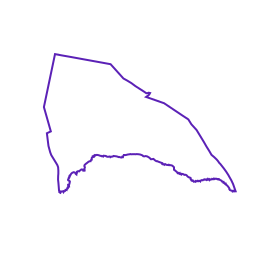 the district of Vaisigano West, Vaisigano, Samoa, rotated 163°
{"feature_id": "51752279B83284410514886", "entity_name": "Vaisigano West", "entity_type": "district", "adm_level": 2, "iso_a3": "WSM", "parent_name": "Samoa", "parent_adm1": "Vaisigano", "projection": "natural_earth1", "projection_center": [-172.718, -13.526], "detail": "fine", "context": "isolated", "style": "outline", "palette": "violet", "viewbox_px": 256, "rotation_deg": 163, "n_neighbors": 0, "source": "geoboundaries", "source_scale": "gbopen_adm2", "svg_char_len": 3408}
<svg xmlns="http://www.w3.org/2000/svg" viewBox="0 0 256 256"><g transform="rotate(163 128 128)"><path d="M212.3,88.1L211.9,87.5L212.4,86.8L211.9,86.1L211.4,86.7L211.2,86.2L210.6,86.8L209.2,86.6L208.7,86.3L208.5,85.7L208.0,86.4L207.4,86.0L206.6,86.2L205.9,87.1L204.9,86.6L204.7,87.2L204.0,87.5L203.7,88.1L203.2,88.0L203.0,88.7L202.4,88.7L201.6,89.2L201.6,90.1L202.1,90.3L202.0,90.7L201.3,90.0L201.0,91.3L200.3,91.7L199.8,92.9L199.3,93.5L199.3,94.2L200.5,95.5L200.4,96.2L199.6,96.8L199.6,97.2L199.0,98.0L198.6,97.8L197.7,98.9L197.9,99.4L197.6,99.7L196.8,99.8L196.4,100.3L195.5,101.0L194.3,101.5L192.8,101.6L191.9,101.0L191.5,100.3L191.4,99.4L190.9,98.7L190.5,99.6L190.0,99.9L189.6,101.1L189.0,101.3L188.2,101.2L187.5,100.8L186.9,101.3L186.1,101.4L184.7,102.0L184.1,101.8L183.3,101.2L183.3,100.3L182.0,99.9L181.7,100.5L181.9,101.2L181.6,101.9L180.9,102.6L180.7,103.2L180.9,104.4L180.2,105.4L178.7,106.1L177.0,106.7L175.6,107.3L174.0,107.4L173.5,107.2L172.7,108.2L171.9,108.3L171.8,109.1L171.4,110.0L170.6,110.3L170.1,111.3L169.5,111.3L169.0,110.4L168.3,110.7L168.0,111.8L167.5,111.9L166.7,111.4L165.6,111.4L163.9,110.5L162.5,109.4L161.8,109.2L161.3,108.6L160.6,108.6L160.1,108.0L159.4,108.6L157.3,107.7L157.0,107.1L155.8,106.4L154.5,106.1L154.2,106.2L153.2,105.7L153.2,105.3L152.4,105.5L151.9,105.3L150.7,105.2L150.1,105.5L147.4,104.3L146.1,103.5L145.7,103.0L144.9,102.9L143.8,102.1L143.1,101.8L142.6,101.6L142.0,102.2L141.3,101.7L140.9,102.4L139.9,103.4L138.1,102.8L135.9,102.7L134.1,102.4L133.4,102.4L132.8,102.0L129.8,101.2L128.5,100.7L127.3,100.5L125.1,99.6L123.8,98.9L122.1,97.5L121.7,96.6L120.7,96.1L119.3,96.0L117.8,95.1L116.2,93.3L115.2,91.4L114.2,91.2L112.7,91.0L111.7,89.3L110.5,87.9L109.5,87.6L109.2,87.2L105.8,84.6L105.8,83.9L105.3,84.0L105.1,83.0L104.0,82.8L103.9,82.2L102.9,82.5L102.1,81.6L99.7,80.5L99.5,80.8L99.0,80.4L97.0,79.4L96.1,78.2L95.5,77.0L96.2,74.6L95.6,74.0L95.5,73.7L94.1,71.6L93.7,70.2L93.3,69.9L92.6,70.2L92.1,69.2L91.6,69.5L91.5,68.8L90.6,67.9L90.1,68.5L88.9,67.9L87.8,66.7L87.2,66.7L86.3,66.2L85.7,65.5L85.2,64.2L84.1,62.9L83.5,62.7L82.7,61.7L83.1,61.0L82.7,59.5L82.3,59.6L82.0,58.7L81.3,58.8L80.8,57.4L79.8,57.3L79.0,57.5L79.0,56.9L77.0,57.2L76.8,56.8L76.3,56.9L75.9,56.4L74.7,56.5L74.4,55.9L74.0,56.4L72.7,56.6L71.8,56.1L70.9,56.5L69.6,56.5L69.5,56.0L68.2,55.8L68.1,55.5L67.2,56.0L67.1,55.3L66.1,55.5L65.6,54.6L65.2,55.2L64.8,54.6L64.4,54.9L63.8,54.5L62.7,54.4L62.5,54.7L61.6,54.1L60.9,54.6L60.2,54.3L60.0,53.8L59.0,53.9L58.4,53.7L57.5,52.8L57.0,53.0L56.3,52.7L56.2,52.2L55.7,52.2L55.3,51.5L53.9,50.2L53.6,49.1L52.4,48.6L52.7,47.7L51.8,47.1L51.9,46.8L51.3,45.8L50.8,46.0L50.7,45.0L50.2,44.4L49.4,42.7L48.7,40.5L49.0,40.0L48.7,38.9L47.6,38.0L46.7,37.5L46.6,36.8L45.6,37.1L45.3,36.4L43.6,36.0L43.9,43.7L44.5,47.8L45.4,51.8L45.8,53.7L46.9,57.6L48.2,61.4L50.3,66.8L50.9,67.8L51.6,70.0L52.4,71.9L54.0,74.8L56.0,77.9L57.0,82.2L58.4,87.4L59.5,92.3L63.0,106.0L66.3,113.0L67.8,118.6L72.2,123.9L86.3,141.2L87.7,142.2L101.6,152.4L98.6,153.4L97.5,154.2L96.7,155.0L97.9,155.7L98.9,155.6L100.3,155.9L102.3,158.4L108.6,165.8L111.7,170.0L115.0,173.7L117.9,176.7L126.0,194.1L134.1,198.3L151.0,207.0L153.3,208.2L163.0,213.2L170.3,216.9L176.2,220.0L202.3,172.6L202.8,147.3L207.1,146.7L209.3,134.1L209.5,127.5L209.3,124.5L206.9,115.2L206.4,113.1L206.3,110.9L207.1,107.5L208.0,104.6L208.8,102.6L210.0,99.0L210.5,96.3L211.0,94.0L212.3,88.1Z" fill="none" stroke="#5b21b6" stroke-width="2"/></g></svg>